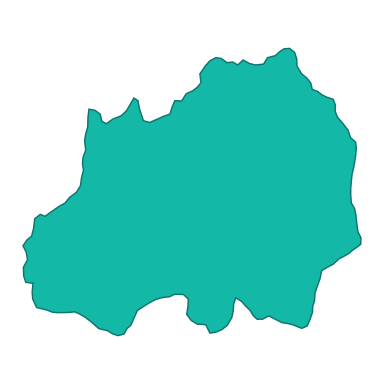 the district of Catas Altas, Minas Gerais, Brazil
{"feature_id": "56859067B94045969589017", "entity_name": "Catas Altas", "entity_type": "district", "adm_level": 2, "iso_a3": "BRA", "parent_name": "Brazil", "parent_adm1": "Minas Gerais", "projection": "natural_earth1", "projection_center": [-43.409, -20.069], "detail": "fine", "context": "isolated", "style": "filled", "palette": "teal", "viewbox_px": 384, "rotation_deg": 0, "n_neighbors": 0, "source": "geoboundaries", "source_scale": "gbopen_adm2", "svg_char_len": 2168}
<svg xmlns="http://www.w3.org/2000/svg" viewBox="0 0 384 384"><path d="M354.6,208.6L351.3,202.8L350.7,194.7L350.7,188.9L351.2,182.6L352.0,174.5L353.5,168.4L354.6,162.4L355.6,155.7L356.3,148.5L355.6,142.1L350.5,137.6L348.0,130.1L342.4,122.9L337.5,117.3L335.1,111.1L335.4,105.0L333.1,99.2L327.3,97.4L322.2,95.0L317.5,91.4L312.3,89.5L310.7,82.9L306.9,78.1L301.7,73.9L297.0,66.2L296.7,58.8L294.6,52.4L289.6,48.4L284.1,48.8L279.9,51.5L275.2,55.7L267.5,57.7L263.6,64.1L255.4,65.0L249.5,63.5L243.1,60.0L237.8,65.0L232.7,62.0L227.1,62.7L221.1,58.4L215.8,57.7L209.9,60.8L205.1,66.2L199.9,73.9L201.0,82.6L197.5,87.1L192.8,90.7L186.2,93.8L181.6,101.0L174.8,100.7L171.9,107.7L170.1,114.0L163.3,116.4L157.2,119.2L149.6,122.5L143.4,120.7L141.6,115.2L139.3,108.3L138.0,100.7L133.9,98.0L129.9,105.0L126.3,111.0L120.9,115.9L112.8,119.1L106.4,123.7L101.7,121.2L100.3,114.3L95.2,110.4L89.0,109.2L88.0,117.3L87.7,127.0L85.7,134.1L84.6,140.3L85.7,150.1L83.0,157.5L82.5,164.0L83.5,170.0L81.6,177.5L80.4,186.0L76.3,192.4L69.6,197.4L65.1,203.0L58.9,206.5L51.1,211.9L45.1,216.3L40.3,214.4L34.7,218.8L33.7,228.0L31.6,236.2L27.1,239.8L23.0,245.8L26.3,252.4L27.5,259.7L23.4,267.3L23.7,276.0L25.8,282.3L33.0,283.3L32.2,292.3L32.7,298.9L36.6,307.5L46.5,309.9L52.6,312.2L57.2,312.6L63.0,312.6L69.7,312.4L74.7,311.8L79.8,314.1L85.0,317.1L91.0,321.7L98.8,328.6L107.6,330.7L112.5,333.8L118.1,335.6L124.0,334.0L127.0,328.6L130.9,325.1L134.0,318.0L137.4,310.5L144.2,306.0L150.1,302.4L155.3,299.6L160.0,298.1L164.6,297.2L169.4,296.8L174.7,294.2L183.5,294.5L188.3,299.1L188.0,306.2L186.7,314.4L191.3,320.5L197.2,324.1L205.8,324.7L209.9,333.1L215.4,332.3L221.6,329.8L227.3,325.3L231.7,317.8L233.3,310.8L233.6,304.2L235.7,297.8L241.6,301.4L245.5,305.9L250.2,310.5L253.3,315.7L257.1,319.2L262.5,319.2L268.8,315.9L275.8,319.5L281.9,322.6L287.7,323.5L292.6,324.7L297.1,326.5L301.7,328.3L307.1,326.1L310.0,319.5L312.5,312.2L312.7,306.2L314.5,301.1L315.0,292.9L317.5,285.7L320.1,278.4L321.6,270.7L327.3,267.3L333.4,264.0L339.0,258.8L343.7,256.4L348.6,253.7L352.3,250.4L356.4,247.6L360.7,244.3L361.0,237.9L357.9,231.7L356.6,221.9L355.9,215.0L354.6,208.6Z" fill="#14b8a6" stroke="#0f766e" stroke-width="1.5"/></svg>